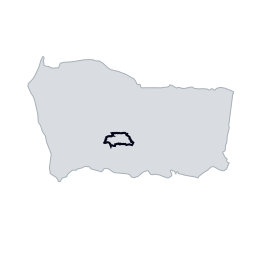 Sene West, Brong Ahafo, Ghana (highlighted), rotated 98°
{"feature_id": "2480657B37380438315906", "entity_name": "Sene West", "entity_type": "district", "adm_level": 2, "iso_a3": "GHA", "parent_name": "Ghana", "parent_adm1": "Brong Ahafo", "projection": "natural_earth1", "projection_center": [-0.653, 7.749], "detail": "fine", "context": "in_parent", "style": "outline", "palette": "ink", "viewbox_px": 256, "rotation_deg": 98, "n_neighbors": 0, "source": "geoboundaries", "source_scale": "gbopen_adm2", "svg_char_len": 6243}
<svg xmlns="http://www.w3.org/2000/svg" viewBox="0 0 256 256"><g transform="rotate(98 128 128)"><path d="M155.0,24.7L156.8,26.7L157.2,27.8L156.6,32.1L155.3,35.1L154.4,37.9L154.5,39.2L155.4,40.6L158.1,42.8L159.5,44.2L161.2,46.4L163.1,48.5L166.3,51.3L167.7,51.7L167.7,52.5L167.2,53.6L166.9,63.8L166.7,66.4L166.4,67.7L166.1,71.6L165.8,72.1L165.2,72.1L164.6,72.2L164.5,73.0L164.7,73.7L166.7,74.3L166.2,74.9L164.8,75.4L164.1,76.5L164.4,77.9L163.6,78.9L163.8,79.6L164.3,80.1L165.2,79.9L167.5,78.2L168.4,78.0L169.6,78.4L171.8,81.0L171.9,82.4L171.0,86.8L170.1,90.3L170.0,94.9L170.9,97.5L170.8,99.0L169.8,100.2L167.5,102.0L167.7,103.2L168.7,105.5L170.6,108.0L174.4,111.2L176.4,115.2L176.4,116.9L175.3,118.6L173.9,120.0L173.5,122.1L174.1,135.8L171.1,141.7L171.1,143.4L171.4,145.4L172.2,146.6L173.7,146.9L175.0,148.1L174.5,152.2L173.9,156.5L173.8,158.5L173.4,159.5L172.2,160.3L171.8,161.7L172.1,163.3L171.9,164.5L172.5,166.1L173.9,168.1L176.0,173.0L176.9,173.4L177.3,174.4L177.0,175.4L177.9,177.6L180.3,179.8L182.8,181.6L184.9,181.9L185.4,183.6L186.7,185.8L187.7,186.7L189.2,187.3L190.5,187.7L190.6,189.5L188.3,190.7L186.7,192.6L185.5,195.5L183.9,198.6L178.2,200.3L176.0,200.3L164.4,200.4L153.5,206.6L147.2,208.8L143.3,212.3L138.1,214.7L134.5,217.7L127.0,219.2L114.6,223.9L110.7,225.8L106.8,229.1L100.5,233.0L98.0,232.9L93.0,229.3L89.2,227.5L80.1,224.7L73.2,223.7L69.9,222.5L69.0,222.3L69.8,221.0L71.7,220.9L73.7,221.3L75.2,220.3L77.5,220.2L78.0,219.1L78.2,216.5L78.2,214.4L79.0,213.5L79.2,211.0L78.1,205.5L77.3,204.9L73.3,204.1L73.0,203.0L72.3,201.9L71.5,199.0L70.7,194.8L69.3,189.6L66.6,181.0L66.0,178.0L65.5,174.9L65.4,171.2L66.0,169.8L65.9,167.9L65.6,166.0L67.5,161.6L71.3,156.2L72.0,154.3L72.7,152.9L72.8,151.0L73.5,144.8L75.3,137.2L76.4,134.3L77.1,132.8L78.0,130.3L78.3,129.1L81.7,126.2L83.3,125.3L83.6,124.2L83.1,122.9L83.3,122.0L84.1,121.6L85.4,121.3L86.3,120.0L84.9,110.7L83.7,101.4L83.7,100.6L83.0,99.4L82.3,95.5L81.2,93.3L79.5,92.6L79.6,90.5L81.2,86.9L81.6,84.8L80.8,84.2L80.7,82.6L81.3,79.9L81.0,78.3L80.7,76.6L79.0,72.5L78.6,69.7L79.5,68.0L79.5,64.3L78.6,58.6L78.4,55.0L79.1,53.5L78.8,52.1L77.5,50.7L77.5,49.4L78.5,48.1L78.4,47.1L77.1,46.4L75.9,44.7L74.9,41.9L75.1,37.4L77.1,29.3L77.3,28.6L79.5,28.6L79.5,29.0L86.3,28.9L94.2,28.8L103.5,28.7L111.9,28.6L112.3,28.2L113.7,27.8L122.3,28.6L127.6,28.2L129.9,28.5L131.6,29.0L135.3,28.7L137.2,28.9L138.7,30.9L139.3,30.9L140.2,30.0L141.6,29.1L143.1,28.3L144.2,26.7L144.9,25.5L145.8,25.7L147.2,25.6L148.2,24.6L148.5,23.0L155.0,24.7Z" fill="#d9dde1" stroke="#a8b0b8" stroke-width="1"/><path d="M144.4,121.7L143.3,121.2L142.8,121.0L141.7,120.7L141.1,121.7L140.9,122.1L141.4,122.7L141.4,122.8L141.1,123.1L140.7,123.3L140.4,123.4L140.0,123.4L139.9,123.4L139.7,123.2L139.6,123.3L139.6,123.7L139.3,123.8L139.2,123.9L139.1,124.2L138.8,124.2L138.8,124.3L138.5,124.6L138.4,124.7L138.3,124.8L138.2,124.9L138.2,125.1L137.9,125.1L138.0,124.7L137.9,124.7L137.5,124.8L137.2,124.9L137.1,125.0L136.9,125.1L136.7,125.2L136.5,125.4L136.4,125.6L136.4,125.9L136.3,126.0L136.2,126.2L136.1,126.3L135.9,126.5L135.8,127.0L135.7,127.3L135.6,127.6L135.4,127.8L135.3,128.0L135.3,128.5L135.1,128.6L134.8,128.4L134.5,128.4L134.3,128.2L134.0,127.9L133.9,127.9L133.9,128.0L133.9,127.9L133.9,128.0L133.9,128.3L133.9,128.5L133.9,128.8L133.9,129.2L133.8,129.4L133.8,129.5L133.7,129.6L133.5,129.8L133.4,130.0L133.4,130.4L133.3,130.5L133.4,130.8L133.3,131.0L133.3,131.3L133.4,131.5L133.5,131.7L133.6,131.8L133.7,132.0L133.7,132.3L133.8,132.6L133.7,132.8L133.8,132.9L133.9,133.2L134.1,133.4L134.1,133.5L134.0,133.8L134.0,134.0L134.2,134.4L134.2,134.8L134.2,135.3L134.2,135.5L134.1,135.9L134.3,136.1L134.4,136.9L134.3,137.2L134.4,137.4L134.4,137.5L134.6,137.6L134.5,138.0L134.6,138.4L134.5,138.6L134.4,138.7L134.4,138.9L134.5,139.2L134.7,139.5L134.8,139.5L135.0,139.8L135.0,140.1L134.9,140.3L134.9,140.6L134.8,140.9L134.9,141.0L135.1,141.2L135.1,141.3L135.2,141.5L135.1,141.8L135.3,141.9L135.3,142.0L135.5,142.4L135.5,142.5L135.4,142.6L135.4,142.8L135.1,142.9L135.1,143.0L135.3,143.1L135.5,143.0L135.7,142.9L135.7,143.0L135.8,142.9L135.8,143.0L136.0,142.9L136.1,142.6L136.4,142.5L136.5,142.5L136.8,142.5L136.9,142.4L137.0,142.4L137.3,142.3L137.4,142.2L137.6,141.9L137.6,142.2L137.7,142.3L137.8,142.5L137.9,142.3L138.0,142.5L138.3,142.8L138.5,143.1L138.6,143.4L138.7,143.5L138.7,143.8L138.7,144.0L138.6,144.4L138.7,144.5L138.7,144.9L138.6,145.0L138.6,145.3L138.6,145.5L138.7,145.8L138.8,145.8L138.9,146.2L139.0,146.2L139.0,146.4L139.0,146.5L139.1,146.8L139.3,146.9L139.4,147.1L139.5,147.1L139.8,147.5L139.9,147.8L140.1,148.0L140.2,148.3L140.3,148.3L140.4,148.2L140.7,148.1L140.8,148.1L141.0,148.1L141.3,148.1L141.5,148.0L141.8,148.0L142.0,148.3L142.1,148.2L142.2,148.3L142.4,148.4L142.5,148.3L142.8,148.5L142.9,148.4L143.0,148.5L143.1,148.4L143.3,148.5L143.5,148.6L143.8,148.7L144.0,148.8L144.1,148.7L144.2,148.8L144.4,148.7L144.5,148.8L144.7,149.0L144.8,149.0L145.0,148.9L145.0,149.0L145.3,149.2L145.5,149.2L145.7,149.4L145.8,149.4L145.9,149.5L146.1,149.4L146.1,149.2L146.1,148.9L145.9,148.7L145.8,148.3L145.8,148.2L145.5,148.0L145.6,147.7L145.4,147.5L145.4,147.3L145.3,147.2L145.2,146.8L145.1,146.6L145.0,146.4L145.0,146.2L144.9,145.9L145.0,145.7L145.0,145.4L145.1,145.2L145.2,144.8L145.2,144.7L145.3,144.6L145.5,144.3L145.5,144.2L145.9,143.8L146.0,143.7L146.3,143.5L146.3,143.4L146.7,143.3L146.9,143.3L147.0,143.2L147.3,143.1L147.5,143.0L147.6,142.9L147.8,142.8L148.2,142.5L148.4,142.4L147.9,142.3L147.5,142.3L147.5,142.1L147.4,142.1L147.4,141.9L147.4,141.5L147.3,141.4L147.4,141.1L147.5,140.8L147.6,140.4L147.6,140.1L147.7,139.7L147.7,139.3L147.7,139.1L147.7,138.9L147.6,138.4L145.9,138.4L145.9,138.0L145.6,137.5L145.7,137.3L145.7,137.2L145.4,137.0L145.4,136.8L145.2,136.6L145.1,136.4L145.1,136.1L145.1,135.8L144.8,135.6L144.7,135.4L144.9,135.2L145.0,135.1L145.0,134.9L145.2,134.7L145.3,134.5L145.4,134.3L145.4,134.1L145.4,133.9L144.6,133.9L144.5,133.7L144.6,133.4L144.6,132.9L144.7,132.7L144.8,132.6L144.8,132.2L144.7,131.8L144.8,131.5L144.8,131.4L144.6,131.1L144.4,130.6L144.6,130.2L144.5,129.9L144.4,129.9L144.3,129.5L144.4,129.1L144.5,128.9L144.4,128.6L144.5,128.3L144.3,128.1L144.7,127.7L144.8,127.3L145.0,127.2L144.0,124.5L144.1,124.4L144.0,124.2L144.1,123.8L144.4,121.7Z" fill="none" stroke="#020617" stroke-width="2"/></g></svg>